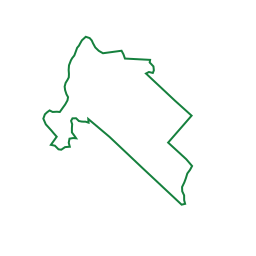 Sete de Setembro, Rio Grande do Sul, Brazil (Natural Earth projection), rotated 313°
{"feature_id": "56859067B16133664835156", "entity_name": "Sete de Setembro", "entity_type": "district", "adm_level": 2, "iso_a3": "BRA", "parent_name": "Brazil", "parent_adm1": "Rio Grande do Sul", "projection": "natural_earth1", "projection_center": [-54.476, -28.157], "detail": "fine", "context": "isolated", "style": "outline", "palette": "green", "viewbox_px": 256, "rotation_deg": 313, "n_neighbors": 0, "source": "geoboundaries", "source_scale": "gbopen_adm2", "svg_char_len": 1148}
<svg xmlns="http://www.w3.org/2000/svg" viewBox="0 0 256 256"><g transform="rotate(313 128 128)"><path d="M87.4,58.7L84.4,58.1L81.3,57.9L77.1,59.7L74.6,65.4L73.9,73.8L73.5,76.9L73.0,81.8L63.1,83.1L65.2,86.6L65.0,91.7L66.6,94.0L71.1,95.0L74.6,98.2L76.8,94.7L80.3,92.5L83.2,94.7L85.1,97.1L85.8,93.9L86.5,90.0L89.7,87.0L92.7,84.6L94.4,81.5L97.2,80.8L99.7,83.4L99.6,87.3L101.3,90.0L103.7,92.7L105.0,95.5L107.5,92.8L108.9,120.4L108.6,165.8L108.5,219.5L111.5,221.5L113.5,218.3L117.0,215.0L118.7,210.8L121.7,207.8L126.6,206.3L130.7,204.6L135.2,202.4L139.7,201.9L143.9,200.8L144.9,191.9L144.7,167.3L180.4,166.1L180.3,160.1L180.0,143.7L180.1,104.0L183.2,105.1L185.2,108.6L187.8,107.6L190.4,104.6L190.7,99.2L192.9,97.7L176.7,78.4L178.8,74.4L180.1,70.6L165.6,58.7L164.5,54.0L164.6,49.1L166.1,44.6L167.3,41.8L167.6,38.6L165.9,34.9L160.7,34.5L157.3,35.3L154.7,36.0L152.0,36.1L147.3,38.1L144.4,39.3L141.2,39.5L138.6,40.1L133.6,42.1L130.0,45.0L127.2,48.0L124.6,50.2L121.6,51.0L118.5,51.6L115.1,53.4L112.8,56.2L110.7,60.0L109.7,63.1L106.9,64.9L102.4,66.0L97.7,66.6L93.2,67.2L91.4,64.9L88.3,61.9L87.4,58.7Z" fill="none" stroke="#15803d" stroke-width="2"/></g></svg>